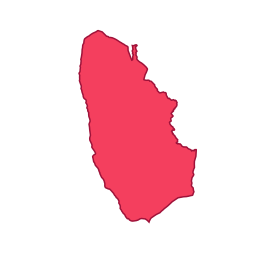 Villarrica, Tolima, Colombia (Albers equal-area conic projection), rotated 134°
{"feature_id": "7082276B66227152382506", "entity_name": "Villarrica", "entity_type": "district", "adm_level": 2, "iso_a3": "COL", "parent_name": "Colombia", "parent_adm1": "Tolima", "projection": "albers", "projection_center": [-74.639, 3.846], "detail": "fine", "context": "isolated", "style": "filled", "palette": "rose", "viewbox_px": 256, "rotation_deg": 134, "n_neighbors": 0, "source": "geoboundaries", "source_scale": "gbopen_adm2", "svg_char_len": 5709}
<svg xmlns="http://www.w3.org/2000/svg" viewBox="0 0 256 256"><g transform="rotate(134 128 128)"><path d="M181.1,47.5L180.1,48.0L177.8,48.7L177.2,48.8L176.3,48.8L171.0,47.7L169.2,47.1L166.8,46.2L164.6,46.2L162.0,45.9L160.6,45.9L159.6,45.7L156.4,45.3L153.0,45.1L150.3,45.0L144.2,43.7L143.6,43.6L143.1,43.3L138.9,40.3L136.7,38.3L135.0,37.1L132.9,35.8L132.5,35.5L131.8,35.0L131.3,34.9L130.9,35.0L129.9,35.6L128.5,36.1L127.9,36.5L127.6,37.3L125.9,39.5L125.8,39.8L125.8,41.5L125.4,42.3L124.8,42.9L124.2,43.1L123.2,43.8L122.2,45.4L121.8,45.8L119.3,47.4L118.6,47.6L117.8,47.7L116.9,47.9L116.2,48.1L115.9,48.3L115.6,48.6L115.3,49.6L115.0,50.2L114.5,50.7L113.8,51.2L112.9,51.6L111.9,52.2L110.6,52.6L110.2,52.8L107.9,55.2L105.8,57.1L101.2,59.5L96.2,63.8L96.2,64.0L97.1,64.9L97.4,64.9L97.6,64.9L98.0,64.6L98.5,64.6L98.7,64.9L98.8,65.7L99.3,65.9L100.2,66.2L100.3,66.3L100.1,66.8L100.0,67.5L100.5,69.1L100.8,69.5L100.9,69.8L101.1,70.7L100.9,71.9L101.1,72.2L101.2,73.0L101.8,73.5L102.1,73.9L102.4,74.1L102.6,74.5L103.1,74.9L103.4,75.9L103.5,76.1L103.6,76.4L103.5,77.2L103.3,77.6L103.2,79.3L103.3,79.5L103.9,80.0L104.0,80.6L104.2,80.9L104.8,81.1L104.9,81.3L104.9,81.7L105.3,82.4L105.3,82.6L104.9,83.1L104.7,83.1L103.9,82.8L103.3,82.9L103.1,83.1L102.8,83.6L102.4,83.9L102.0,84.0L101.9,84.2L101.9,85.3L101.8,85.7L101.9,86.5L101.6,87.0L101.4,88.3L101.1,88.8L101.1,90.4L101.2,91.2L100.8,91.5L101.0,91.9L101.0,92.1L100.7,92.2L100.6,92.4L100.6,93.0L100.1,93.5L100.1,94.3L98.7,94.5L98.4,94.3L97.8,93.6L97.5,93.3L97.0,93.3L96.8,93.5L96.5,94.4L96.5,94.8L96.6,95.2L96.5,95.7L96.1,96.5L96.1,96.8L96.3,97.3L96.4,98.3L96.3,98.5L96.3,99.1L96.2,99.7L96.2,100.0L96.1,100.4L95.3,101.9L94.8,102.2L94.6,102.2L94.0,101.9L93.5,101.8L93.1,101.8L92.8,102.0L92.6,102.4L91.7,103.7L91.3,103.9L90.8,104.0L90.4,104.0L89.9,103.9L89.7,103.8L89.1,103.9L88.6,103.8L88.3,103.8L88.0,104.1L87.8,106.4L87.7,106.9L87.5,107.1L85.7,107.2L85.0,107.6L84.7,107.4L84.7,107.1L84.4,107.1L84.3,107.4L84.1,107.5L83.3,107.6L82.9,108.2L82.7,108.2L82.2,107.8L81.7,107.7L81.5,107.8L81.3,108.1L81.0,108.2L80.5,108.0L79.7,108.1L78.9,108.3L78.2,108.3L77.9,108.5L77.5,108.9L77.1,109.1L76.6,110.0L75.8,110.2L75.6,110.4L75.5,110.6L75.5,110.9L75.2,111.7L75.2,112.2L75.0,112.3L75.1,113.1L75.4,113.5L75.8,113.5L76.1,115.0L77.6,115.8L77.8,116.0L77.9,116.7L78.0,117.6L77.9,117.9L78.0,119.0L78.3,119.3L78.6,119.4L78.8,119.5L78.7,120.7L78.2,121.7L78.1,122.4L77.6,123.5L77.1,124.0L76.5,124.8L76.5,125.6L77.3,126.5L77.4,126.8L77.5,127.5L80.4,129.3L80.7,129.6L80.9,130.1L80.8,130.7L80.7,131.0L80.8,132.6L80.7,133.0L79.8,133.7L79.7,134.1L79.6,136.8L79.3,137.4L79.2,138.0L78.9,138.4L78.5,138.7L78.4,139.1L78.4,140.8L78.3,141.6L78.3,143.6L78.5,144.2L79.2,144.9L79.1,146.0L79.3,146.4L81.2,148.2L82.2,150.0L82.1,150.3L77.8,152.7L75.0,153.6L72.5,154.7L72.1,155.0L71.9,155.5L71.6,157.2L71.6,159.9L71.6,161.1L71.8,162.2L71.8,163.1L72.3,165.1L72.5,166.5L72.5,168.3L72.4,169.2L72.2,169.7L71.0,170.5L70.5,171.1L70.3,171.9L70.2,172.5L70.0,172.9L68.5,174.2L68.3,174.8L68.1,174.9L66.7,174.8L66.5,175.0L66.5,175.5L65.9,177.0L64.9,178.4L64.6,178.5L64.3,178.9L64.2,179.0L62.8,178.7L62.4,178.8L62.3,179.2L62.3,179.6L62.7,180.0L63.2,180.5L64.6,181.0L65.1,181.4L65.7,182.2L66.3,181.2L67.4,179.9L67.8,179.1L69.1,178.8L69.7,178.4L70.0,177.9L70.4,177.0L71.5,176.3L71.5,176.1L71.4,175.6L71.4,175.2L71.5,175.0L71.7,174.9L72.9,174.5L75.5,172.2L75.8,172.1L76.6,172.4L75.4,175.1L74.3,177.4L72.3,181.6L71.9,182.1L70.1,183.9L69.7,184.5L69.7,185.2L70.4,187.3L70.7,189.4L71.1,190.5L71.3,191.8L71.9,194.1L72.3,196.5L72.8,198.6L73.3,200.1L74.0,201.9L74.9,203.3L75.9,204.4L76.0,204.8L76.0,205.7L76.2,206.2L76.9,207.2L76.8,212.8L76.8,213.3L78.0,215.8L78.6,217.0L78.8,217.2L79.2,217.5L80.6,217.7L82.0,218.2L83.9,219.0L85.7,219.5L87.2,219.8L88.3,219.9L88.9,220.0L90.6,220.6L93.6,221.1L94.3,221.0L95.5,220.4L97.9,218.6L98.8,218.5L100.0,218.0L101.8,216.5L103.5,215.4L106.1,213.1L109.5,210.7L110.7,210.0L111.2,209.7L111.7,209.3L112.1,208.5L113.9,207.1L114.4,206.6L115.0,206.2L116.6,205.6L116.9,205.4L117.4,204.4L119.6,202.7L120.2,202.1L121.0,201.6L122.2,201.4L122.7,201.2L123.7,199.3L124.3,198.8L125.0,198.2L126.6,196.5L127.7,195.8L129.7,191.9L130.0,191.1L130.9,190.1L131.4,189.7L132.2,189.3L132.5,188.7L132.7,188.0L134.2,185.8L135.5,183.2L136.5,182.0L137.0,181.0L137.2,180.2L137.2,179.4L137.0,178.5L137.0,178.0L137.2,177.3L137.9,176.5L138.6,176.2L139.2,175.7L139.3,174.7L140.0,173.0L140.6,172.3L141.7,171.9L142.3,171.2L142.4,170.2L143.7,168.7L144.3,166.9L145.3,166.0L146.9,164.1L147.9,162.1L148.5,161.1L149.4,160.0L151.0,159.3L152.3,158.7L154.2,156.2L155.8,154.4L158.7,150.7L159.4,149.9L161.4,148.8L162.3,148.1L162.9,147.4L163.4,146.7L163.8,145.5L164.6,143.4L165.0,142.5L165.6,141.7L166.7,140.9L167.0,140.5L167.4,138.8L167.8,136.5L168.3,134.8L168.7,133.8L169.2,133.5L169.7,133.4L170.3,133.6L170.8,133.8L171.4,133.8L172.5,133.8L173.1,133.6L173.4,133.1L173.8,132.7L174.0,132.2L176.0,129.4L176.2,128.9L176.2,128.1L177.5,125.5L177.8,121.7L178.2,120.5L179.2,118.7L179.9,117.0L180.4,116.4L181.8,112.8L181.9,112.1L181.8,111.6L182.1,109.7L182.9,107.9L183.3,107.4L183.8,106.4L184.6,105.5L185.8,104.4L186.3,103.6L186.5,102.7L186.4,102.4L185.6,100.1L185.3,99.5L184.7,98.8L184.7,97.3L184.8,95.4L184.9,94.7L185.0,93.1L185.6,91.2L185.7,90.6L185.7,89.5L186.2,88.1L186.0,86.8L186.2,85.5L186.6,84.5L186.7,83.9L187.6,83.0L188.0,82.8L188.5,82.2L188.6,81.5L189.2,79.8L190.2,78.6L191.2,77.9L191.4,77.6L191.6,76.1L192.1,74.8L192.3,73.6L192.7,72.1L192.6,70.9L192.6,70.2L193.3,68.4L193.5,67.5L193.6,66.3L193.7,65.8L193.7,65.4L193.3,65.0L192.9,64.7L192.9,63.9L193.1,63.1L192.6,61.2L192.3,60.8L191.8,60.1L191.0,59.4L188.8,57.7L187.1,56.8L184.9,56.2L183.7,55.4L181.4,52.4L181.0,49.9L181.1,47.5Z" fill="#f43f5e" stroke="#9f1239" stroke-width="1.5"/></g></svg>